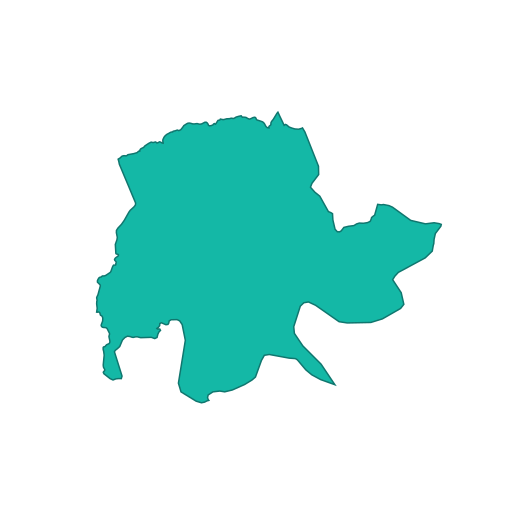 the Province of Razavi Khorasan, rotated 249°
{"feature_id": "IRN-3245", "entity_name": "Razavi Khorasan", "entity_type": "Province", "adm_level": 1, "iso_a3": "IRN", "parent_name": "Iran", "parent_adm1": "", "projection": "albers", "projection_center": [59.461, 35.325], "detail": "fine", "context": "isolated", "style": "filled", "palette": "teal", "viewbox_px": 512, "rotation_deg": 249, "n_neighbors": 0, "source": "natural_earth", "source_scale": "10m", "svg_char_len": 5040}
<svg xmlns="http://www.w3.org/2000/svg" viewBox="0 0 512 512"><g transform="rotate(249 256 256)"><path d="M200.6,71.8L200.8,71.9L201.8,71.7L202.2,71.8L202.6,72.2L203.1,73.3L203.4,73.7L204.3,74.1L205.2,74.0L206.2,73.8L207.1,73.8L209.0,74.3L217.8,78.7L221.5,79.6L223.4,79.8L224.3,80.1L225.3,80.5L225.7,81.0L225.7,81.5L225.6,82.0L225.6,82.6L226.5,84.3L226.7,84.8L226.8,86.1L226.8,87.1L227.1,87.9L228.0,88.7L229.0,89.1L233.4,89.8L234.1,90.2L235.6,91.3L236.4,91.5L241.5,91.0L242.5,90.6L243.3,89.4L243.8,88.2L244.5,87.2L245.4,86.6L246.5,86.5L247.4,87.0L250.2,89.5L252.7,90.6L253.9,90.8L255.2,90.6L255.7,90.3L256.1,89.9L256.5,89.6L257.1,89.6L258.3,89.8L258.9,89.8L259.5,89.6L260.3,88.7L260.4,87.6L260.7,87.1L264.1,89.0L268.5,90.1L270.7,91.1L271.5,91.7L272.3,91.9L273.9,92.2L274.5,92.5L276.4,94.5L283.9,100.0L285.1,100.1L288.3,98.6L289.6,99.0L290.8,100.1L291.9,101.6L292.1,102.5L291.9,104.1L292.3,104.9L292.4,105.5L292.2,106.1L291.9,106.8L291.7,107.6L291.8,109.1L292.9,114.0L293.6,115.0L297.1,118.0L298.2,119.2L298.5,119.7L298.5,120.0L298.3,120.3L298.2,120.5L298.1,120.9L297.9,121.5L298.1,122.0L299.0,122.3L299.4,122.7L299.9,123.0L300.4,123.3L300.8,123.3L302.6,122.6L303.5,122.7L304.4,123.8L304.8,124.9L305.1,126.2L305.5,127.4L306.3,128.0L306.8,127.9L307.2,127.5L307.9,126.4L308.4,126.1L309.0,126.2L317.2,128.8L321.0,132.0L323.1,133.2L327.8,134.0L329.9,134.9L331.6,137.2L333.8,141.8L336.5,145.8L342.6,153.2L343.8,155.1L345.5,159.5L346.7,161.6L348.6,162.6L357.7,162.3L365.7,162.1L378.0,161.7L384.8,161.5L390.6,161.3L393.5,161.8L395.8,162.0L396.3,164.5L396.8,165.6L397.1,166.2L397.2,167.1L397.1,168.0L396.9,168.8L396.6,169.5L396.3,170.0L396.0,170.8L396.1,171.7L396.5,172.7L395.4,178.5L395.1,182.0L395.9,184.0L395.8,184.3L395.7,184.5L395.5,185.0L396.1,185.3L396.5,185.6L396.9,186.1L397.2,186.5L397.4,187.2L397.5,188.0L397.6,189.6L397.8,190.3L398.6,191.7L399.6,196.1L399.8,198.3L399.9,198.6L399.8,199.1L399.2,199.9L398.9,200.4L398.7,201.0L398.6,201.7L398.6,202.4L398.4,203.2L397.9,203.5L397.4,203.7L397.0,204.1L396.9,205.0L397.1,206.4L397.1,207.1L396.4,207.8L395.2,208.8L394.6,209.7L395.4,210.0L396.8,210.2L398.0,210.8L399.0,211.8L400.0,212.9L400.6,213.9L401.1,215.1L401.5,216.3L401.8,218.9L402.0,219.9L402.1,221.1L401.7,222.7L402.1,223.2L402.1,223.9L401.8,225.6L401.8,226.0L401.8,227.3L401.7,227.8L400.9,228.6L400.7,229.0L400.8,230.9L401.7,232.5L403.1,234.7L403.6,235.4L404.2,238.3L404.4,239.7L404.1,241.2L403.3,242.6L402.0,244.3L401.4,245.7L400.9,247.9L400.6,248.7L399.4,250.3L399.1,251.1L398.8,252.6L399.2,256.3L398.7,257.5L397.6,258.2L396.2,258.5L395.0,258.5L394.2,259.2L393.8,260.8L393.8,262.3L393.9,263.0L394.2,263.3L394.5,264.0L394.5,264.7L393.9,265.0L393.6,265.3L393.9,266.0L396.0,268.8L396.2,269.1L396.1,269.9L395.9,270.5L396.0,271.1L396.6,271.8L395.3,273.8L394.9,274.8L394.6,277.8L393.7,280.5L393.6,281.9L393.4,282.6L392.6,283.9L392.4,284.8L392.5,285.6L392.8,286.9L392.8,287.5L392.6,290.0L392.2,292.4L390.4,293.0L390.1,294.2L389.0,296.3L387.1,297.8L386.1,299.0L386.1,300.7L386.3,302.6L386.1,304.3L385.5,305.1L384.8,305.3L384.0,305.3L383.2,305.4L382.4,305.9L382.0,306.4L381.7,306.9L379.1,310.0L378.0,310.8L376.5,311.3L373.3,311.7L371.8,312.5L371.0,314.0L371.6,314.1L372.1,314.4L372.5,314.9L373.0,316.6L373.6,317.1L375.0,317.7L375.7,318.4L376.3,319.2L377.3,321.0L381.7,326.7L382.4,328.0L378.0,328.3L372.0,328.8L367.9,329.1L368.3,330.6L367.4,331.6L364.6,333.1L362.6,335.3L360.7,337.8L359.1,341.2L358.8,344.4L358.9,345.3L354.3,346.1L317.4,346.5L309.6,343.7L303.8,334.3L300.7,331.5L294.5,333.8L289.0,337.0L271.5,339.5L269.7,341.4L268.1,342.6L262.1,340.7L252.7,339.4L249.5,340.6L248.6,342.7L248.9,344.5L251.2,348.3L250.6,353.0L249.3,358.3L249.9,361.4L249.7,364.3L248.1,367.9L247.2,372.0L247.4,375.0L249.1,376.7L250.5,377.7L251.1,379.4L251.6,381.4L260.6,388.1L258.8,391.4L258.4,393.4L255.4,398.2L252.7,400.9L233.8,413.2L225.3,425.7L223.2,434.2L220.6,438.6L219.1,440.3L217.5,439.2L212.7,431.5L207.7,428.2L203.8,426.4L202.4,425.3L197.4,422.3L193.6,413.3L189.7,383.0L187.4,378.4L184.9,375.1L169.7,378.4L157.9,376.7L155.2,372.2L152.0,351.5L152.8,339.4L160.8,317.2L164.9,310.0L188.6,294.0L194.3,288.5L195.2,283.9L193.3,279.4L176.5,265.9L170.0,264.1L155.3,267.5L131.7,278.0L107.6,283.5L117.4,272.1L125.1,265.5L131.9,261.7L144.3,257.4L146.1,256.0L148.8,250.3L159.3,233.1L160.3,228.2L156.6,223.7L143.2,212.1L141.7,208.0L140.1,199.3L139.4,185.9L140.4,178.1L142.9,173.8L144.6,167.1L143.4,161.5L141.1,160.0L139.2,159.9L138.1,160.2L138.3,158.2L138.0,155.7L138.5,152.5L141.9,148.1L156.0,137.3L165.1,138.0L202.6,159.8L218.4,162.5L222.8,161.5L224.9,159.5L226.9,153.9L226.5,151.7L224.5,150.4L223.7,149.3L224.1,147.3L227.6,143.7L227.4,142.0L225.5,141.1L224.4,139.3L223.9,137.5L223.2,137.8L222.3,140.0L220.8,140.2L219.8,138.1L218.2,136.4L215.4,134.4L215.2,131.9L217.6,129.1L221.1,119.0L223.2,116.1L223.8,114.0L223.9,112.6L224.4,111.4L225.9,109.6L227.2,107.3L226.9,104.4L225.4,101.2L220.3,96.3L219.1,93.3L218.4,90.9L217.3,89.5L191.9,87.9L189.8,86.3L190.8,83.8L191.5,81.2L191.5,78.1L193.7,75.9L200.6,71.8Z" fill="#14b8a6" stroke="#0f766e" stroke-width="1.5"/></g></svg>